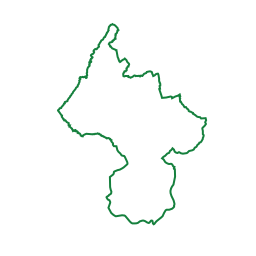 San Kamphaeng, Chiang Mai, Thailand (Mercator projection), rotated 51°
{"feature_id": "78962969B510948306110", "entity_name": "San Kamphaeng", "entity_type": "district", "adm_level": 2, "iso_a3": "THA", "parent_name": "Thailand", "parent_adm1": "Chiang Mai", "projection": "mercator", "projection_center": [99.128, 18.733], "detail": "fine", "context": "isolated", "style": "outline", "palette": "green", "viewbox_px": 256, "rotation_deg": 51, "n_neighbors": 0, "source": "geoboundaries", "source_scale": "gbopen_adm2", "svg_char_len": 5682}
<svg xmlns="http://www.w3.org/2000/svg" viewBox="0 0 256 256"><g transform="rotate(51 128 128)"><path d="M186.4,194.0L188.7,193.2L189.2,192.6L192.1,187.5L193.8,185.8L194.8,185.5L201.8,185.4L203.9,185.1L204.9,184.6L206.4,182.8L207.5,181.2L208.0,179.8L208.0,177.6L209.0,175.1L209.7,174.2L210.5,173.7L211.2,173.3L213.6,172.5L214.9,171.6L215.0,170.7L214.5,168.5L214.9,167.7L215.7,167.5L217.9,168.7L219.0,168.6L219.1,167.9L218.4,164.9L218.4,158.2L218.3,156.6L216.7,153.4L215.7,150.7L215.7,150.1L215.8,149.5L217.5,147.3L218.5,144.5L218.4,142.7L218.2,141.7L217.3,141.1L216.8,140.2L216.0,139.5L212.9,138.1L208.2,137.0L205.4,135.9L203.6,134.6L202.1,132.6L201.2,130.6L200.6,128.3L195.4,122.0L189.6,117.6L188.8,117.4L188.5,117.9L188.1,117.7L187.5,116.4L186.2,117.0L184.3,116.6L183.3,116.8L182.9,117.1L181.8,118.8L180.5,119.6L179.1,120.2L177.7,120.5L175.0,120.1L173.0,120.6L172.7,118.6L173.0,116.6L172.6,113.6L173.2,111.6L172.2,109.7L172.4,108.2L171.8,106.2L173.7,105.9L175.8,106.6L177.5,106.1L178.6,105.2L178.8,103.7L179.1,103.4L180.9,102.8L182.5,101.5L184.4,98.3L184.6,97.4L184.3,95.1L185.8,92.0L186.1,90.4L185.3,88.5L185.6,87.2L185.6,86.4L184.8,84.6L184.9,83.0L184.3,81.8L184.8,80.6L184.7,79.6L183.6,76.8L182.9,76.2L182.2,74.8L181.2,73.7L179.9,73.7L177.4,71.7L175.2,70.6L174.8,70.0L174.5,66.8L173.9,64.9L172.1,64.4L171.1,62.4L169.2,61.5L166.6,65.2L165.0,65.2L163.5,66.6L162.5,67.2L160.2,67.6L159.4,68.0L158.2,68.1L157.8,68.5L157.1,68.0L155.9,68.7L154.8,69.0L153.9,69.8L153.0,70.1L151.9,69.6L151.1,69.6L150.0,70.0L148.2,69.8L147.4,71.0L144.8,70.6L143.4,70.9L140.9,70.4L140.7,70.8L140.3,70.9L137.9,69.3L137.8,68.8L135.8,68.2L136.1,67.4L134.5,66.7L134.3,68.8L133.3,71.4L132.6,75.0L131.4,74.4L130.4,75.0L128.3,79.2L126.0,82.6L123.5,81.5L117.4,79.2L117.7,78.4L115.5,77.2L115.1,76.8L115.3,76.2L114.1,75.2L113.2,74.8L112.7,75.0L111.6,74.3L111.1,74.3L109.3,72.8L105.9,70.9L104.7,70.5L104.2,71.1L103.7,72.5L103.9,74.2L103.5,75.7L101.9,75.1L101.3,75.1L99.7,74.3L98.3,74.8L97.5,75.7L96.3,78.1L96.7,79.3L96.0,81.4L96.6,84.1L96.4,84.3L96.1,84.3L95.4,84.9L95.5,86.2L94.7,86.3L94.3,86.6L93.9,87.6L93.1,88.3L92.5,89.4L91.5,89.6L91.3,89.9L91.1,90.4L91.1,92.2L90.5,94.4L89.7,94.6L88.7,95.6L87.8,95.1L87.5,95.7L87.2,95.8L86.0,97.2L85.6,98.4L84.9,98.9L83.6,98.2L82.8,97.5L82.5,97.0L82.5,96.2L81.8,95.4L81.7,95.0L82.5,94.1L82.2,93.4L82.3,92.9L82.0,92.7L82.0,92.4L80.7,91.7L80.8,91.0L80.1,89.8L80.5,89.0L79.9,88.6L79.9,88.1L79.2,87.0L78.6,86.8L76.1,87.0L74.3,86.5L72.0,86.8L72.1,88.1L71.8,88.8L71.8,89.9L71.6,90.4L71.8,92.3L71.7,92.6L71.1,92.4L70.7,92.8L69.3,92.3L68.9,92.3L68.4,91.9L66.4,91.4L60.4,88.1L60.3,88.5L59.3,88.5L56.1,90.2L53.7,90.1L53.7,90.5L53.4,90.6L53.0,90.1L50.7,90.1L50.1,88.5L51.2,86.1L51.1,85.6L50.5,85.2L50.8,84.5L50.5,84.0L50.8,83.5L50.6,82.8L50.8,81.6L50.0,81.6L50.0,81.2L49.4,80.5L48.4,79.6L48.0,79.5L47.7,79.1L47.8,78.8L47.2,78.6L47.1,76.7L46.6,76.2L46.0,74.7L45.7,74.7L45.8,73.8L44.9,73.8L43.8,73.2L40.9,73.4L39.3,73.7L38.2,74.6L37.5,74.7L37.4,75.8L36.9,76.6L37.3,77.6L37.2,78.1L37.5,79.3L38.4,80.3L39.1,81.3L39.9,81.6L40.0,82.3L40.5,82.9L40.6,84.4L41.3,85.0L41.4,86.0L42.2,87.1L42.3,88.0L42.8,88.5L42.5,89.5L42.6,89.9L43.5,91.7L43.2,93.8L43.8,94.8L43.9,95.7L44.8,97.7L44.8,98.4L45.1,98.8L46.4,99.2L46.6,99.5L46.5,100.9L47.0,102.5L46.8,103.2L46.0,103.7L46.1,105.5L46.5,106.4L47.7,106.5L48.0,107.0L48.4,108.4L48.0,109.5L48.0,110.7L48.3,111.2L50.0,111.3L50.5,111.0L50.9,111.2L51.0,112.1L51.2,112.7L50.9,113.2L51.2,113.8L51.7,114.3L51.6,114.8L52.2,115.2L53.1,114.7L53.5,115.1L53.4,115.8L52.6,116.3L52.5,116.7L53.1,117.2L54.2,117.4L54.5,118.5L55.4,118.6L55.6,119.0L55.7,121.0L57.0,123.1L59.2,124.9L59.4,125.6L61.3,126.5L61.4,127.3L62.8,128.3L62.9,128.8L62.6,129.2L61.0,129.1L60.6,130.6L59.7,131.1L59.4,132.1L58.4,133.0L58.4,133.4L58.9,134.5L59.3,134.6L59.9,134.3L60.2,134.5L60.5,136.1L61.6,136.5L62.3,138.1L63.0,138.9L63.2,140.2L64.1,141.0L64.0,142.9L64.7,144.4L65.4,147.9L66.1,149.1L66.2,150.5L66.9,151.7L66.8,152.7L67.4,153.6L67.7,155.6L68.4,157.5L69.0,158.2L68.1,160.7L68.2,161.0L69.1,161.6L68.8,162.5L69.4,163.3L69.5,164.5L69.8,165.2L69.7,166.1L70.4,167.3L69.7,168.7L70.2,169.9L70.1,170.9L70.4,171.4L72.0,171.5L72.2,171.4L76.2,171.7L76.8,171.4L77.1,171.7L77.2,172.1L77.6,172.4L79.8,172.5L80.4,172.7L80.7,172.5L80.8,172.7L82.1,172.8L82.6,171.8L84.8,171.9L86.9,171.0L87.6,171.7L87.8,171.7L87.9,172.0L88.6,172.5L89.1,172.2L89.4,172.3L89.6,171.8L90.1,172.6L90.4,172.3L91.6,172.3L93.2,171.9L93.6,172.2L94.2,172.1L94.7,172.3L95.2,172.0L95.4,172.6L95.8,172.7L96.1,171.3L96.5,170.8L96.3,170.5L96.5,170.1L97.2,170.1L97.5,170.8L98.3,170.2L98.3,169.8L98.6,169.6L98.9,169.8L99.7,169.6L100.1,170.0L100.3,169.5L101.0,169.7L101.4,169.2L102.0,169.0L102.7,169.0L103.8,169.2L104.1,169.5L105.7,168.9L106.1,168.9L106.3,169.2L106.1,168.5L105.4,168.3L105.7,166.0L106.3,164.0L110.8,159.3L110.8,158.9L111.7,158.0L111.9,157.5L111.8,157.3L112.9,155.8L113.1,155.0L113.4,155.0L114.2,154.2L114.4,154.3L114.6,153.9L115.6,153.9L116.1,153.4L116.8,153.7L117.3,153.5L117.2,153.3L117.9,153.1L118.2,152.7L118.7,152.7L119.1,152.3L119.5,152.4L120.2,151.9L122.5,151.1L122.4,150.8L123.0,150.5L123.3,149.7L124.0,149.2L124.6,149.0L125.3,149.2L125.5,148.7L126.5,148.9L127.0,148.5L127.9,149.4L130.5,149.3L131.6,150.3L133.2,150.4L134.9,148.5L138.5,150.2L140.4,150.4L143.0,150.0L145.1,150.2L145.5,150.1L147.4,148.6L148.3,148.6L153.9,150.0L155.1,150.6L155.7,151.3L155.9,156.1L155.7,157.9L155.2,160.6L154.2,162.6L153.2,166.0L153.3,166.6L154.1,167.4L154.6,168.1L154.8,168.8L154.7,172.9L162.7,179.1L165.1,180.3L166.9,180.9L168.1,182.1L168.4,183.1L168.1,184.7L168.4,185.7L168.1,187.9L168.5,188.4L170.8,188.7L172.5,187.9L174.3,188.4L174.9,188.9L177.7,193.4L183.5,194.5L186.4,194.0Z" fill="none" stroke="#15803d" stroke-width="2"/></g></svg>